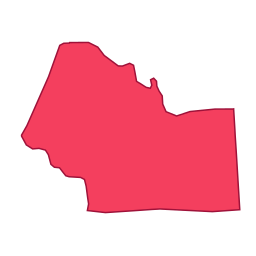 Kutum, North Darfur, Sudan, rotated 86°
{"feature_id": "16777658B71410798895125", "entity_name": "Kutum", "entity_type": "district", "adm_level": 2, "iso_a3": "SDN", "parent_name": "Sudan", "parent_adm1": "North Darfur", "projection": "robinson", "projection_center": [24.615, 14.495], "detail": "fine", "context": "isolated", "style": "filled", "palette": "rose", "viewbox_px": 256, "rotation_deg": 86, "n_neighbors": 0, "source": "geoboundaries", "source_scale": "gbopen_adm2", "svg_char_len": 916}
<svg xmlns="http://www.w3.org/2000/svg" viewBox="0 0 256 256"><g transform="rotate(86 128 128)"><path d="M207.5,174.3L210.8,156.4L210.9,127.9L210.9,109.9L211.0,101.8L212.7,87.7L217.3,49.7L217.3,22.7L217.3,22.2L193.2,22.0L162.2,21.7L142.5,21.6L137.6,21.5L116.3,21.3L116.4,21.8L115.2,39.9L115.9,64.9L119.4,78.7L114.4,88.9L106.6,91.7L98.4,91.6L93.4,94.4L88.3,96.3L83.3,96.3L80.1,98.9L81.4,102.1L87.0,101.3L89.9,103.0L88.7,107.1L84.8,112.3L82.1,116.2L72.9,117.2L65.8,118.1L63.6,121.8L65.8,129.2L65.4,133.4L54.0,146.7L45.2,152.5L39.9,161.5L38.7,180.3L39.2,180.6L39.0,186.2L40.8,190.3L54.0,196.1L71.1,203.6L75.1,205.7L118.5,228.6L127.7,234.7L128.8,234.7L137.8,230.6L142.2,224.6L142.1,218.2L144.3,211.9L149.1,209.3L158.9,207.4L162.0,204.2L162.9,199.1L168.7,195.2L171.3,193.4L172.5,190.2L174.0,178.7L176.3,175.0L183.1,173.8L194.7,173.1L201.0,172.6L207.5,174.3Z" fill="#f43f5e" stroke="#9f1239" stroke-width="1.5"/></g></svg>